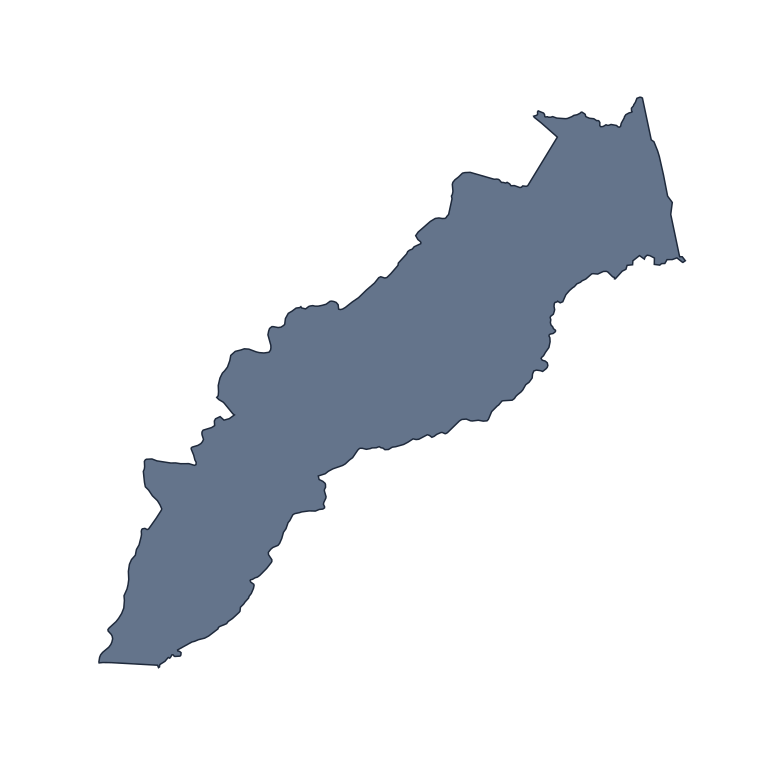 Chivi, Masvingo, Zimbabwe, rotated 84°
{"feature_id": "62879985B12004776276546", "entity_name": "Chivi", "entity_type": "district", "adm_level": 2, "iso_a3": "ZWE", "parent_name": "Zimbabwe", "parent_adm1": "Masvingo", "projection": "mercator", "projection_center": [30.666, -20.5], "detail": "fine", "context": "isolated", "style": "filled", "palette": "slate", "viewbox_px": 768, "rotation_deg": 84, "n_neighbors": 0, "source": "geoboundaries", "source_scale": "gbopen_adm2", "svg_char_len": 6148}
<svg xmlns="http://www.w3.org/2000/svg" viewBox="0 0 768 768"><g transform="rotate(84 384 384)"><path d="M642.5,637.9L641.9,636.8L640.4,636.6L639.5,636.1L636.9,630.8L633.6,627.4L633.5,626.8L634.2,626.1L633.9,625.2L631.1,623.1L631.3,622.0L632.8,621.1L633.1,620.5L633.3,615.5L633.0,614.8L632.2,614.3L630.0,613.9L628.6,615.2L627.9,617.0L626.9,617.1L620.5,602.0L620.1,599.2L618.9,595.3L618.0,588.9L616.3,584.7L610.2,574.7L609.1,574.3L608.1,573.1L605.9,565.6L603.9,563.8L601.4,559.2L596.0,552.0L595.0,551.0L591.0,550.1L588.1,546.5L586.4,545.1L582.7,541.0L581.1,540.4L578.5,537.9L573.7,535.2L570.9,534.3L569.6,534.4L567.0,537.3L565.4,537.7L564.8,537.2L564.5,535.1L563.3,532.6L562.8,530.0L561.4,527.6L555.2,520.0L549.7,514.7L548.8,514.1L547.0,513.9L541.7,516.7L539.3,516.6L536.6,514.0L535.0,511.7L533.4,506.3L531.6,504.5L526.9,501.8L521.0,499.5L517.7,496.6L511.9,493.9L509.9,491.9L504.6,488.4L503.6,486.4L503.1,481.4L502.6,479.2L502.4,471.6L503.2,465.5L502.0,461.5L502.0,457.9L501.0,456.1L499.9,455.9L497.3,456.8L495.6,456.3L491.5,453.8L490.0,453.4L483.9,454.5L482.6,454.2L480.6,452.9L477.8,452.7L476.6,453.0L474.4,455.0L472.2,458.5L468.6,459.0L467.1,451.8L465.0,448.5L463.0,443.6L460.7,433.7L459.4,430.8L455.9,426.2L454.0,422.9L447.1,417.1L446.0,415.8L445.4,414.5L445.7,412.2L447.1,408.4L446.8,404.2L446.3,402.8L446.6,398.4L445.8,395.3L447.1,393.7L447.6,391.8L449.4,390.0L449.6,386.4L447.7,382.4L447.6,378.9L446.2,370.8L444.4,366.3L441.6,360.8L442.6,357.9L442.6,355.2L439.0,346.2L439.9,344.2L442.0,342.0L441.3,339.6L439.6,336.8L438.2,332.4L438.3,331.1L439.8,328.5L439.8,327.8L439.1,326.1L428.6,312.8L427.4,310.3L427.5,305.8L429.6,301.9L430.0,300.1L429.9,294.0L431.3,289.2L431.4,285.4L430.1,283.9L422.7,279.8L417.7,273.7L416.9,272.2L413.3,268.5L413.1,267.4L413.5,258.2L412.1,255.8L410.1,254.2L408.6,252.3L406.1,248.4L404.3,246.5L399.5,243.1L397.4,239.5L393.5,236.0L389.5,235.2L386.7,233.6L386.1,231.0L387.1,227.0L388.1,224.9L385.7,221.1L384.5,219.9L382.7,219.1L380.0,219.4L378.0,221.3L376.9,224.1L375.0,225.1L373.9,224.3L372.6,222.4L369.5,220.2L365.0,216.2L359.4,214.4L355.3,214.2L353.5,214.9L352.5,214.6L351.7,213.4L351.5,210.7L350.3,208.6L349.2,207.8L348.4,207.9L346.7,209.7L344.9,210.2L342.6,211.8L340.3,212.1L337.5,211.4L335.2,211.8L334.1,211.2L332.3,208.3L329.6,207.1L327.9,206.5L324.5,206.8L321.8,206.2L320.7,205.3L320.5,203.5L319.8,202.7L321.7,200.3L320.9,197.6L314.2,193.8L310.4,189.7L308.0,186.3L307.1,184.5L304.6,181.8L303.3,177.9L302.1,176.3L300.7,172.3L296.2,165.9L296.1,164.6L297.0,159.9L295.0,154.1L295.2,151.1L295.9,149.8L301.3,145.4L302.1,143.8L303.5,143.8L303.6,143.0L296.7,135.3L295.2,131.4L291.4,129.8L291.4,124.3L287.5,123.6L283.0,116.5L287.0,112.0L284.8,110.9L283.4,108.8L284.2,106.1L287.0,101.9L293.3,102.7L294.6,97.3L293.3,95.4L293.5,92.1L289.9,89.5L290.4,84.4L289.2,79.5L294.4,74.2L294.6,74.5L292.9,71.4L288.6,74.1L288.3,76.7L245.3,81.1L233.6,78.3L226.8,82.3L205.2,84.2L186.5,86.4L180.8,87.5L171.3,90.2L169.1,92.7L126.6,97.1L125.7,98.5L125.5,99.6L126.3,102.6L130.2,104.6L132.2,106.3L133.4,106.8L135.6,109.1L137.9,109.3L139.2,108.8L139.7,109.9L140.0,112.0L141.4,115.3L143.3,116.9L144.5,117.3L149.5,120.8L152.5,121.8L153.2,123.0L152.8,124.3L151.2,125.7L149.6,131.1L150.2,133.3L150.1,134.8L149.4,136.1L150.8,139.2L150.8,141.5L149.6,142.4L146.5,142.0L144.8,142.8L144.4,143.5L144.3,145.0L142.1,147.6L141.2,151.8L140.0,154.0L139.1,155.4L136.9,155.7L136.3,156.2L134.3,158.7L134.3,159.5L135.2,160.7L136.4,163.8L136.7,167.2L137.7,169.1L139.1,173.9L139.1,175.8L137.6,184.4L135.7,188.3L136.1,190.3L135.9,192.5L135.3,193.4L135.3,195.4L134.9,196.1L132.7,196.2L131.2,197.0L128.5,202.1L129.5,202.9L131.7,203.0L132.7,204.0L133.3,207.2L134.5,206.7L140.8,200.3L156.6,185.8L201.8,220.3L202.3,221.8L201.5,225.3L202.7,226.8L202.8,228.4L200.3,233.6L200.1,237.0L198.1,238.1L196.3,240.5L196.9,242.0L196.0,244.3L195.8,246.1L193.2,247.9L192.5,248.7L192.0,250.4L191.9,253.0L182.5,276.2L182.2,281.5L182.5,283.9L186.1,288.5L188.3,292.1L190.6,294.4L192.6,295.2L199.6,295.3L202.6,296.2L204.1,297.3L206.9,297.0L222.1,302.0L224.2,304.3L224.8,304.5L225.7,305.9L225.5,308.8L224.6,312.0L224.7,315.7L227.2,321.0L236.4,334.1L239.8,337.0L243.9,335.2L246.1,333.0L247.0,332.5L248.3,332.8L250.6,339.6L252.8,341.8L253.6,344.7L254.8,346.6L257.0,347.9L265.2,357.1L267.5,357.7L275.1,365.8L278.4,370.0L278.7,372.1L277.0,376.0L277.7,378.1L282.6,382.9L288.8,391.8L295.5,400.3L299.1,407.0L303.8,414.4L305.2,417.5L305.4,419.7L304.8,421.3L300.4,421.3L297.9,423.0L296.7,425.3L296.1,427.4L296.1,429.0L298.6,433.2L299.3,437.3L299.7,441.4L299.4,444.4L298.6,446.6L298.7,449.2L299.0,450.7L301.1,454.1L299.8,457.9L298.4,458.6L299.2,459.8L299.3,463.5L301.9,467.8L303.7,471.8L308.6,475.2L314.2,476.5L315.2,477.6L316.7,480.5L316.8,483.4L315.4,488.0L315.2,489.5L316.8,492.0L319.3,493.2L323.0,494.3L333.7,492.5L336.3,492.7L338.4,493.3L340.4,495.1L340.6,500.2L339.7,504.9L338.7,507.7L335.2,514.7L334.4,519.3L335.2,522.8L336.0,528.5L339.5,533.4L344.6,534.9L350.8,537.9L354.2,541.1L356.3,543.6L360.9,546.5L368.1,549.0L374.5,549.4L378.3,550.1L379.9,551.8L382.3,549.8L385.1,546.0L386.4,544.9L397.9,537.4L399.1,536.0L402.3,541.5L403.2,546.9L399.3,550.4L401.0,555.2L403.1,556.6L407.7,556.8L409.3,560.0L411.0,568.7L412.3,569.8L413.5,570.2L415.4,570.3L420.2,569.3L422.3,570.5L424.1,572.3L425.6,575.5L426.7,581.4L427.6,582.5L428.7,582.5L434.9,580.7L439.8,580.0L442.3,579.0L444.5,579.4L445.1,581.0L442.8,586.4L442.0,594.6L440.7,599.5L440.3,604.3L436.7,617.9L434.3,622.6L434.0,628.2L434.5,629.3L435.9,630.4L441.2,630.7L443.7,631.3L445.7,632.5L456.8,632.5L461.3,632.1L464.9,629.2L471.0,626.0L476.4,621.5L480.8,619.4L484.9,618.1L486.2,618.6L493.7,624.6L503.6,633.3L504.0,634.8L502.6,636.9L502.8,639.5L503.5,640.2L505.1,640.8L508.3,640.9L510.5,641.5L518.4,644.4L522.7,647.5L528.3,649.2L532.1,653.4L536.6,656.0L543.6,657.8L551.7,658.3L556.7,659.5L561.0,661.0L567.4,664.7L572.1,664.8L579.6,666.2L584.8,668.9L589.3,672.4L592.3,675.3L597.9,682.9L599.3,684.2L600.8,684.2L604.6,681.4L606.4,680.7L609.0,680.5L612.2,681.6L614.5,682.9L617.0,685.2L621.5,691.9L623.7,694.1L626.1,695.4L630.6,696.6L631.6,696.5L631.6,692.8L632.6,684.4L640.0,638.6L642.5,637.9Z" fill="#64748b" stroke="#1e293b" stroke-width="1.5"/></g></svg>